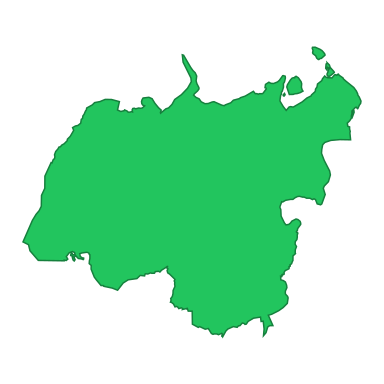 the district of Kota Langsa, Aceh, Indonesia
{"feature_id": "22746128B69628984727954", "entity_name": "Kota Langsa", "entity_type": "district", "adm_level": 2, "iso_a3": "IDN", "parent_name": "Indonesia", "parent_adm1": "Aceh", "projection": "natural_earth1", "projection_center": [98.034, 4.485], "detail": "fine", "context": "isolated", "style": "filled", "palette": "green", "viewbox_px": 384, "rotation_deg": 0, "n_neighbors": 0, "source": "geoboundaries", "source_scale": "gbopen_adm2", "svg_char_len": 5901}
<svg xmlns="http://www.w3.org/2000/svg" viewBox="0 0 384 384"><path d="M350.6,139.8L349.9,133.0L350.2,131.4L349.6,129.1L349.6,126.9L347.8,126.3L347.3,123.1L349.6,120.9L351.5,118.0L351.3,116.0L351.9,113.6L351.9,111.1L355.4,107.4L356.3,107.2L357.5,108.7L357.8,108.6L359.5,104.9L360.6,103.5L361.0,101.1L359.2,97.0L357.9,95.2L357.7,93.9L356.4,91.1L353.8,87.5L346.1,81.3L343.5,79.0L343.0,77.9L339.1,75.2L338.4,74.1L337.9,74.2L336.8,75.3L335.7,74.7L334.6,74.9L332.0,77.9L327.3,77.7L325.7,77.0L324.7,76.0L322.4,78.9L321.8,80.6L317.5,84.0L317.0,86.9L315.5,89.2L315.4,90.7L315.0,91.7L311.5,94.9L311.1,95.9L306.9,98.0L302.2,101.9L293.2,107.1L290.7,106.6L289.1,107.0L286.2,110.4L283.2,106.5L280.2,101.5L279.9,100.5L280.6,95.5L281.4,94.1L281.5,92.1L282.3,91.1L283.5,87.1L283.4,83.7L284.5,81.9L285.4,78.0L285.2,76.2L283.3,75.6L282.7,75.7L279.4,80.3L277.6,81.9L273.6,83.5L270.8,83.3L268.9,82.2L265.5,84.4L265.0,87.7L266.1,88.1L266.3,88.9L262.9,93.4L262.3,93.7L259.2,93.7L258.3,94.3L256.9,93.6L255.3,93.7L253.4,91.3L245.2,96.1L240.4,97.7L239.4,98.6L233.4,100.2L230.8,102.8L225.2,104.9L224.3,105.7L221.9,105.2L214.0,101.7L212.1,102.0L208.3,103.5L205.0,103.7L201.2,101.8L199.1,98.8L196.0,97.4L193.6,95.2L194.3,93.9L197.6,90.9L199.0,88.9L198.9,87.6L196.9,83.7L196.1,80.9L196.7,76.1L195.2,72.8L192.9,70.5L190.7,67.4L183.6,55.2L182.3,54.8L183.1,62.2L190.9,77.9L191.3,81.7L187.6,88.2L181.4,94.7L174.7,99.5L172.0,104.4L168.6,107.9L165.9,108.8L160.6,113.2L160.4,112.5L161.2,110.1L158.5,107.7L154.9,103.3L152.1,98.7L148.9,97.3L143.1,98.0L142.1,99.6L141.5,101.6L141.8,103.6L142.6,105.0L144.6,105.9L142.3,108.0L140.5,108.3L138.8,108.0L135.7,108.8L134.2,108.2L132.8,108.5L132.2,109.7L132.5,111.9L131.7,111.5L130.3,112.1L128.2,112.2L127.2,111.1L124.6,109.9L124.1,110.7L120.8,111.5L117.5,110.0L119.4,101.6L111.5,99.5L105.2,99.4L99.9,101.6L94.6,102.6L92.3,104.9L86.7,108.0L86.3,110.0L85.5,111.0L84.1,114.3L82.9,115.9L82.5,118.5L81.3,119.3L80.7,123.2L78.0,125.4L75.4,126.0L72.6,127.6L73.7,130.4L70.2,136.4L67.4,139.2L67.2,140.7L64.1,143.8L61.6,145.2L60.5,146.7L58.9,147.1L58.1,148.7L55.7,151.5L54.5,154.8L54.9,156.7L54.5,158.7L53.3,159.5L52.0,162.9L51.1,162.6L44.9,176.1L44.8,188.3L41.5,195.4L41.3,206.3L39.2,210.6L36.1,214.3L32.4,220.4L23.0,241.9L28.5,244.7L30.0,250.8L38.3,260.4L64.2,260.8L64.2,260.1L66.2,260.5L67.8,259.1L66.3,256.6L69.2,252.8L72.4,251.5L74.6,252.5L75.0,254.4L74.3,254.8L72.9,254.6L71.6,252.7L71.1,253.1L71.2,253.7L70.6,255.1L70.8,255.6L72.9,256.4L72.3,257.5L73.1,260.0L74.2,261.0L75.1,259.7L74.1,257.5L75.6,255.6L78.3,258.5L81.3,258.9L83.2,259.6L83.7,259.0L83.6,258.0L82.5,258.0L80.3,256.5L79.7,253.7L81.7,253.0L86.7,252.3L88.0,252.6L89.1,253.4L89.3,254.5L89.9,254.8L89.9,258.5L89.4,260.7L89.2,263.6L91.2,265.4L91.1,269.1L94.3,277.1L96.4,279.9L101.0,285.5L103.5,285.6L103.8,286.3L112.3,288.1L117.6,290.2L123.2,283.0L128.2,279.8L136.9,278.6L140.2,275.4L144.6,275.9L145.0,274.2L145.6,273.8L147.8,274.0L150.6,272.9L151.8,273.3L154.5,273.2L155.3,271.6L156.5,271.5L158.6,271.3L159.8,272.0L160.4,271.7L161.2,270.4L166.0,267.4L167.2,266.4L168.2,266.4L167.1,266.7L166.9,267.8L167.0,268.2L167.9,268.8L167.1,270.5L167.5,272.2L168.2,273.4L169.2,273.7L175.0,279.4L174.2,280.9L174.8,282.4L174.6,284.1L175.0,286.3L173.1,290.5L173.0,293.6L172.3,296.5L170.7,298.6L171.1,300.0L170.5,302.2L171.2,302.2L173.5,304.0L175.0,306.9L176.4,306.4L177.7,307.0L178.8,308.6L181.3,307.8L182.7,308.6L182.4,309.5L185.8,308.7L187.0,309.1L187.1,307.7L188.2,311.1L192.2,311.2L192.4,324.2L198.3,327.4L199.7,326.6L205.2,329.2L208.3,328.5L211.4,333.5L213.0,334.3L214.4,333.9L217.0,334.0L218.4,334.7L221.8,333.3L222.5,334.2L221.9,335.2L221.9,336.0L222.3,335.8L222.7,336.8L225.9,331.0L227.9,329.0L233.3,326.6L237.2,327.3L238.5,325.8L239.9,325.7L242.3,323.0L244.2,323.5L245.0,324.4L246.3,324.1L248.1,321.4L253.5,318.2L260.5,317.1L261.1,321.5L263.2,321.2L264.1,329.0L263.5,335.7L266.0,332.7L267.7,327.0L269.6,325.7L272.9,325.6L268.3,315.2L271.6,314.3L278.7,310.7L283.1,307.6L287.3,303.4L288.1,297.9L287.6,296.4L285.6,294.2L285.3,293.2L285.4,291.0L286.9,287.7L286.6,285.2L285.4,282.0L283.4,280.6L280.8,279.8L280.6,276.2L281.7,276.6L282.2,275.7L281.8,275.4L281.9,274.7L282.5,274.3L283.6,274.6L284.2,274.0L284.0,272.5L285.2,270.6L288.9,268.8L289.2,267.9L288.9,266.9L290.1,266.3L290.2,265.5L289.9,265.0L291.6,263.7L292.4,261.3L292.9,260.7L293.0,255.9L295.5,253.6L295.2,252.8L295.3,249.7L296.5,246.6L295.1,244.1L295.3,241.6L296.9,239.5L297.3,237.0L297.2,234.9L297.8,233.6L297.6,232.6L296.6,232.5L296.4,231.5L297.4,230.4L297.6,228.7L300.7,224.4L300.7,223.1L300.1,221.3L297.9,219.5L296.0,219.0L291.9,221.1L290.5,223.0L288.8,224.4L286.0,224.9L284.4,222.9L281.1,216.1L280.8,209.6L279.8,207.1L281.7,201.7L282.7,202.0L285.6,200.3L290.5,199.4L292.9,199.4L295.1,197.7L297.6,196.5L299.5,196.3L302.5,197.1L304.2,197.1L306.6,198.2L309.8,198.2L312.5,199.6L314.0,198.8L315.5,199.6L317.2,203.9L320.6,204.8L321.8,203.9L325.2,194.5L323.3,188.3L324.3,186.0L328.4,181.7L330.4,174.9L329.6,170.9L324.2,160.4L321.5,153.3L321.8,149.3L322.7,144.7L324.9,142.4L330.8,140.4L339.9,139.6L350.6,139.8ZM298.4,77.8L296.1,76.3L295.1,76.7L294.7,77.8L293.4,77.7L292.0,78.2L290.3,80.1L287.4,84.8L286.8,87.0L289.3,94.5L293.3,94.4L294.7,93.8L297.1,93.6L300.3,92.6L303.0,91.1L302.1,89.7L301.4,87.2L301.7,83.8L301.1,81.7L298.4,77.8ZM321.4,58.4L325.0,55.2L324.9,54.2L323.8,52.6L322.0,50.6L320.0,49.3L315.2,47.2L312.5,47.3L312.2,48.2L313.0,50.4L312.6,52.8L313.0,53.7L315.7,55.8L316.7,58.1L318.3,59.5L318.9,59.5L320.0,58.6L321.4,58.4ZM330.2,67.4L329.4,65.0L327.1,62.7L327.2,63.3L326.1,64.0L325.7,68.3L326.8,69.8L327.4,67.4L328.0,68.0L329.2,67.7L329.7,68.5L329.5,68.9L328.6,69.1L327.9,72.1L327.1,73.7L327.0,74.9L327.8,76.1L329.3,76.3L330.3,75.8L334.3,72.5L334.1,71.8L330.2,67.4ZM352.2,117.4L354.1,112.3L353.9,110.5L353.4,110.0L352.3,111.3L352.7,114.8L351.7,116.6L352.2,117.4ZM284.0,96.1L285.1,94.8L284.5,93.4L283.2,94.8L283.2,95.6L284.0,96.1Z" fill="#22c55e" stroke="#15803d" stroke-width="1.5"/></svg>